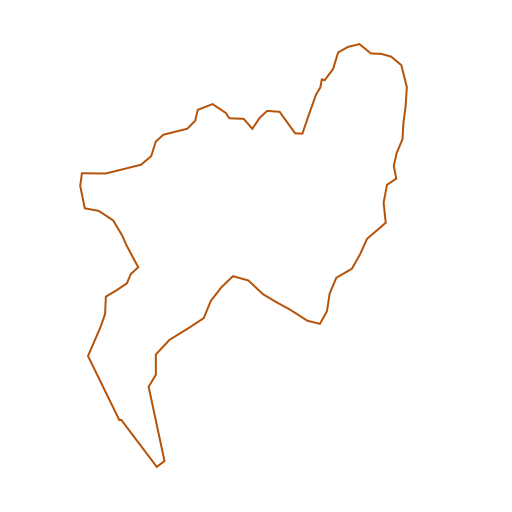 outline of Katrineholm, Södermanland, Sweden, rotated 256°
{"feature_id": "70781695B59557682139675", "entity_name": "Katrineholm", "entity_type": "district", "adm_level": 2, "iso_a3": "SWE", "parent_name": "Sweden", "parent_adm1": "Södermanland", "projection": "mercator", "projection_center": [16.311, 59.03], "detail": "fine", "context": "isolated", "style": "outline", "palette": "amber", "viewbox_px": 512, "rotation_deg": 256, "n_neighbors": 0, "source": "geoboundaries", "source_scale": "gbopen_adm2", "svg_char_len": 1155}
<svg xmlns="http://www.w3.org/2000/svg" viewBox="0 0 512 512"><g transform="rotate(256 256 256)"><path d="M256.6,389.4L256.8,389.9L276.8,392.7L293.3,400.3L297.2,410.8L310.2,411.5L322.0,417.5L333.9,426.4L349.7,431.3L364.5,437.2L383.3,443.2L406.0,443.2L416.8,435.3L421.8,426.4L424.7,416.5L436.6,407.6L436.6,395.7L433.6,384.9L418.8,376.0L409.9,365.1L411.4,362.6L404.0,359.2L398.1,353.3L377.3,339.5L363.5,330.6L365.5,323.7L390.2,313.8L394.1,301.9L389.2,293.0L380.3,283.2L392.1,277.2L396.1,263.4L402.0,261.4L413.9,250.6L411.9,234.8L402.0,229.8L396.1,220.0L396.1,195.3L391.2,186.4L378.3,178.5L372.4,166.6L372.4,130.1L378.4,107.1L366.5,102.4L343.7,101.4L337.8,114.3L325.0,126.1L308.2,131.1L297.3,133.0L273.6,139.0L268.7,130.1L260.8,124.2L256.8,113.3L252.9,100.5L236.1,95.5L224.2,87.6L199.6,68.8L129.8,83.7L129.6,85.6L75.4,108.7L79.2,117.6L155.1,120.2L165.0,130.1L184.7,135.0L195.6,151.8L202.5,173.5L208.4,190.3L223.3,201.2L234.1,215.0L242.0,228.8L234.1,242.7L217.3,253.5L205.5,265.4L195.6,276.2L180.8,290.1L174.7,301.6L185.3,311.5L201.8,318.4L215.5,328.7L220.4,345.9L232.7,357.6L245.8,367.9L256.6,389.4Z" fill="none" stroke="#b45309" stroke-width="2"/></g></svg>